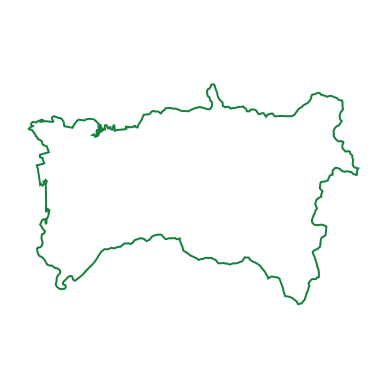 Bahnea, Mures, Romania, rotated 272°
{"feature_id": "2599482B70038378899752", "entity_name": "Bahnea", "entity_type": "district", "adm_level": 2, "iso_a3": "ROU", "parent_name": "Romania", "parent_adm1": "Mures", "projection": "equal_earth", "projection_center": [24.492, 46.315], "detail": "fine", "context": "isolated", "style": "outline", "palette": "green", "viewbox_px": 384, "rotation_deg": 272, "n_neighbors": 0, "source": "geoboundaries", "source_scale": "gbopen_adm2", "svg_char_len": 5966}
<svg xmlns="http://www.w3.org/2000/svg" viewBox="0 0 384 384"><g transform="rotate(272 192 192)"><path d="M221.4,357.3L222.2,353.6L223.3,352.5L225.1,351.6L229.8,351.8L232.6,350.9L234.3,350.9L235.5,349.0L238.0,348.2L238.2,346.0L237.8,344.9L237.8,343.9L241.1,340.8L243.0,340.6L244.9,340.9L245.9,341.5L247.4,341.4L247.7,341.0L247.5,340.1L248.1,339.3L247.7,337.8L247.9,336.3L249.9,333.8L253.1,331.4L254.3,331.9L257.4,331.3L260.4,332.2L262.9,334.5L263.6,336.4L267.8,339.0L268.4,339.1L269.2,337.9L270.4,337.3L273.1,336.9L276.8,337.8L279.9,340.1L281.4,339.6L288.2,339.1L288.8,338.5L288.8,336.2L291.0,333.2L292.8,328.1L293.0,326.8L291.9,323.7L292.8,321.5L293.8,317.5L295.4,316.2L295.5,315.3L295.5,314.2L294.1,311.6L293.5,308.7L291.4,307.8L289.8,307.8L286.5,306.0L284.9,304.4L282.9,300.8L280.4,298.2L279.5,296.7L278.2,295.3L272.4,291.4L271.2,288.6L271.0,283.8L271.2,279.3L270.5,272.3L270.9,271.5L273.2,269.9L273.1,267.8L272.5,266.9L272.2,265.3L271.2,264.2L269.8,263.4L273.2,260.8L273.3,259.2L272.5,257.8L272.1,256.1L276.1,252.8L276.6,251.1L276.6,248.5L276.0,247.4L274.5,246.4L274.6,244.1L277.2,243.0L278.0,241.2L279.3,240.2L279.0,239.6L278.6,235.4L277.3,231.5L277.2,229.2L276.7,228.0L277.6,226.4L278.3,226.1L278.4,224.3L277.8,222.3L278.2,222.2L278.9,219.9L282.5,219.4L285.4,216.2L288.8,214.3L292.6,213.6L294.1,212.7L300.0,210.5L300.4,209.4L300.3,208.3L299.8,207.5L296.8,206.4L295.7,205.4L295.5,204.5L293.6,203.5L289.2,204.0L287.8,205.1L287.3,206.1L283.5,207.3L282.8,208.5L281.4,209.1L278.3,208.9L275.4,207.1L275.3,204.3L276.6,200.0L277.2,196.4L275.4,190.9L272.5,185.4L272.7,182.3L272.5,179.2L274.9,172.4L274.5,170.6L275.2,167.4L274.9,163.5L274.6,162.5L272.6,161.4L272.2,160.0L269.7,158.5L269.4,157.7L270.4,156.9L271.4,154.7L271.1,152.9L271.7,150.1L270.5,148.4L269.0,147.6L268.0,145.9L268.2,144.3L267.6,142.8L267.5,141.0L262.8,139.3L255.9,135.4L254.7,135.5L254.7,134.4L255.3,132.9L255.9,132.8L255.7,131.3L254.7,130.5L254.6,126.4L254.1,125.4L254.2,124.8L254.9,125.2L254.9,123.7L252.5,123.7L251.4,115.6L250.5,112.9L255.9,111.9L255.8,111.3L254.0,110.8L252.8,111.1L251.6,110.7L251.4,110.1L252.1,108.4L253.8,108.4L253.9,107.2L253.6,106.6L252.8,106.5L252.8,105.6L255.4,104.6L255.9,104.0L255.4,102.6L251.8,102.8L252.3,102.0L251.1,101.4L249.8,99.8L251.9,99.9L253.5,99.2L253.9,98.7L253.7,98.3L251.9,97.9L249.9,98.5L250.0,98.9L249.5,99.0L248.1,97.1L245.9,96.7L245.0,96.1L244.4,95.4L244.4,94.5L243.8,93.2L245.8,91.8L245.7,91.1L246.2,91.7L246.0,92.0L244.6,93.3L245.4,95.5L246.1,94.5L246.5,94.5L246.3,95.8L248.9,94.5L250.5,94.7L250.7,95.3L248.9,96.1L248.5,96.9L248.7,97.3L249.2,97.5L253.5,96.4L253.1,96.9L254.5,96.9L255.5,98.3L256.5,96.6L260.0,93.0L261.3,91.1L261.6,86.4L260.8,83.5L259.7,81.9L260.3,76.6L259.9,75.3L255.4,71.9L252.0,70.3L253.3,62.1L257.5,61.3L260.5,59.3L261.1,58.3L261.4,57.1L261.3,56.2L263.0,51.3L261.7,49.6L260.4,49.5L257.9,50.9L257.2,50.3L257.7,42.3L257.0,39.7L256.9,38.1L257.2,37.8L257.4,38.1L258.3,40.4L258.8,40.3L259.0,39.2L256.7,34.4L256.0,33.8L256.4,30.5L255.3,29.2L253.8,28.8L252.6,29.1L252.3,29.3L252.5,31.8L251.9,29.5L249.7,26.7L248.8,27.1L248.5,29.9L246.8,31.0L245.9,32.2L244.8,32.5L243.8,33.7L242.3,33.9L240.9,35.7L239.3,36.2L239.0,37.6L237.9,39.8L234.1,41.2L232.5,45.3L226.8,47.6L223.9,38.7L221.5,38.9L221.1,39.3L220.9,41.5L219.7,41.6L215.6,43.3L215.0,42.5L213.2,35.9L209.7,37.1L193.8,40.1L194.7,41.0L193.2,42.5L195.3,44.2L196.9,43.0L198.9,45.3L197.7,45.9L198.0,46.2L197.6,46.6L196.7,46.0L194.5,45.6L176.5,46.6L166.8,46.7L170.0,48.4L168.7,50.2L166.7,49.2L166.0,49.8L162.5,49.0L159.2,47.4L156.6,47.7L155.5,47.4L155.4,46.9L159.8,46.2L159.0,43.4L154.2,41.4L149.1,45.0L148.4,46.0L147.2,46.4L145.3,45.5L144.9,44.2L144.2,43.5L140.7,43.1L136.4,44.5L134.2,44.3L132.1,43.0L131.3,41.7L131.0,39.9L130.0,39.1L127.3,39.5L124.0,40.8L122.5,42.0L122.0,43.8L120.8,45.4L118.6,47.3L114.4,49.8L113.7,51.7L113.5,54.5L111.4,57.8L110.8,60.4L109.4,62.6L108.3,63.1L106.3,63.0L103.5,60.7L102.0,59.9L97.1,59.6L95.0,58.9L92.6,60.3L91.2,62.0L90.3,63.9L90.5,66.0L90.9,68.0L91.5,68.7L92.9,69.3L94.4,68.7L95.4,66.2L97.2,66.3L102.6,71.0L103.7,72.9L103.6,74.8L102.6,75.5L100.3,76.3L99.3,77.6L99.2,78.2L104.7,84.7L114.4,93.2L115.7,94.8L119.1,97.4L129.3,103.5L131.8,106.5L131.8,109.7L132.7,112.1L133.5,113.3L132.9,116.2L134.0,118.5L134.7,121.0L134.7,122.3L138.2,126.1L138.2,128.5L138.6,130.0L137.8,132.4L138.9,134.3L141.8,136.3L144.1,142.2L143.4,145.7L141.5,148.0L141.4,148.6L142.8,151.1L146.1,153.7L147.2,155.5L148.4,160.5L148.3,162.7L144.0,167.1L144.0,167.9L144.9,170.4L145.3,176.9L144.5,177.9L144.2,179.0L144.5,180.5L145.1,181.3L142.4,181.9L136.5,184.5L133.4,185.3L132.6,186.2L130.3,190.5L128.7,192.2L126.0,198.6L124.3,201.1L125.0,202.3L125.5,205.3L126.4,207.0L126.7,209.0L126.5,212.4L126.8,213.4L126.7,214.2L125.6,215.9L125.1,217.8L121.6,220.9L122.1,226.3L121.6,228.4L121.8,229.1L120.8,232.4L122.2,235.8L122.2,238.9L124.6,244.6L128.5,246.9L128.4,251.1L126.6,252.1L124.7,254.9L123.1,258.9L120.8,262.5L114.8,267.6L110.0,270.6L108.3,271.2L109.6,273.0L110.3,275.0L109.5,280.7L108.3,282.5L98.6,286.5L96.8,286.7L91.2,288.7L90.9,291.9L90.0,294.9L89.0,296.8L86.4,300.2L83.6,302.0L84.5,305.4L88.6,308.5L95.6,310.3L98.3,311.6L100.2,311.7L102.3,312.6L105.2,311.7L108.7,314.4L109.2,315.8L109.3,318.7L110.8,319.9L111.3,321.7L115.2,321.7L119.3,321.0L122.2,319.6L124.1,319.4L130.9,317.0L135.2,314.8L136.1,314.8L137.5,315.6L139.5,319.5L141.9,321.9L149.7,322.5L151.2,323.6L153.1,326.6L154.4,327.1L162.2,327.5L163.5,324.7L163.9,322.9L163.2,318.0L163.6,315.2L165.6,313.3L166.8,312.9L168.3,312.9L172.7,314.2L174.7,315.3L178.1,316.1L179.9,317.5L184.4,315.5L188.8,316.7L189.2,317.6L190.3,318.4L191.8,321.4L193.5,321.1L197.2,322.5L200.0,319.6L205.7,320.1L206.7,320.9L207.0,324.5L207.7,325.4L208.3,327.3L212.9,329.0L213.9,330.2L214.2,332.0L216.2,331.7L218.4,331.9L220.9,334.0L221.2,336.2L220.1,339.1L218.6,340.8L217.6,343.3L217.5,344.1L218.0,345.3L218.1,346.8L218.0,348.1L217.6,348.7L217.6,350.5L215.8,352.3L214.9,354.9L214.9,356.1L219.5,356.1L221.4,357.3Z" fill="none" stroke="#15803d" stroke-width="2"/></g></svg>